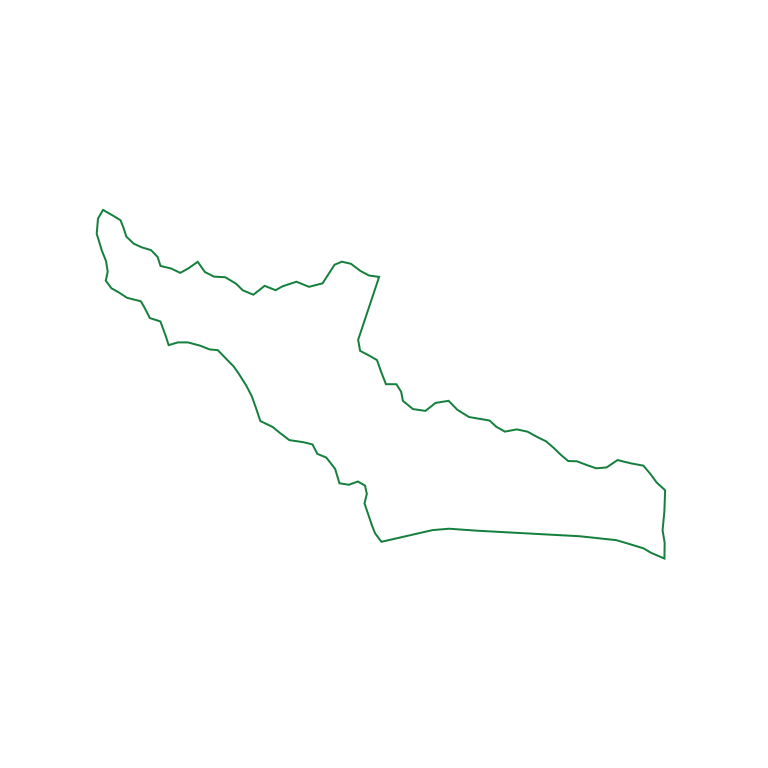 Ruaraka, Nairobi, Kenya, rotated 231°
{"feature_id": "3690345B35970113576502", "entity_name": "Ruaraka", "entity_type": "district", "adm_level": 2, "iso_a3": "KEN", "parent_name": "Kenya", "parent_adm1": "Nairobi", "projection": "mercator", "projection_center": [36.884, -1.246], "detail": "fine", "context": "isolated", "style": "outline", "palette": "green", "viewbox_px": 768, "rotation_deg": 231, "n_neighbors": 0, "source": "geoboundaries", "source_scale": "gbopen_adm2", "svg_char_len": 1649}
<svg xmlns="http://www.w3.org/2000/svg" viewBox="0 0 768 768"><g transform="rotate(231 384 384)"><path d="M696.1,275.2L692.6,265.9L681.5,255.2L673.6,252.1L665.6,248.8L654.4,245.3L645.1,239.9L639.4,232.8L630.0,232.4L622.2,235.5L612.6,238.6L601.3,247.1L593.3,245.8L582.6,243.5L573.3,249.6L559.3,244.8L549.7,241.1L546.1,249.9L539.7,257.8L529.7,265.1L520.7,270.2L514.9,276.1L492.1,278.2L483.5,277.6L469.1,275.9L457.9,273.6L446.2,269.5L433.0,264.6L420.7,270.4L411.1,272.4L400.0,275.1L389.3,284.9L382.0,290.4L371.7,288.2L363.1,292.9L348.8,292.6L334.9,286.9L327.8,293.3L324.7,302.3L317.0,305.3L309.4,301.5L303.5,293.7L292.1,289.5L281.6,285.6L273.5,283.1L263.0,282.7L239.9,329.8L230.5,343.6L211.6,363.8L142.4,440.4L116.3,466.4L92.9,482.3L84.7,485.3L71.9,492.1L84.0,502.2L95.1,508.5L108.3,521.5L124.5,535.6L135.8,533.9L146.3,534.4L157.3,534.2L166.4,526.4L177.9,517.6L179.1,504.4L185.0,495.8L193.9,490.3L202.5,485.3L208.2,478.7L217.4,476.9L228.0,475.6L237.4,473.9L245.8,470.0L256.7,465.5L265.1,458.7L270.9,448.0L280.3,444.3L289.1,443.1L304.8,429.3L317.7,424.8L330.3,423.6L336.9,412.1L337.0,399.3L346.3,390.7L359.1,388.1L367.1,392.4L376.0,393.5L382.6,385.4L395.5,389.5L407.0,393.6L414.8,390.6L424.8,386.3L434.6,391.7L470.3,447.6L477.8,440.6L486.8,436.8L498.2,434.0L505.6,428.2L507.8,420.6L500.9,399.6L506.7,386.9L518.6,380.3L523.8,366.6L525.1,358.8L535.4,353.0L535.6,338.7L545.7,333.2L554.9,332.2L566.9,327.8L574.4,319.5L583.7,315.3L596.2,316.1L597.0,304.6L598.6,295.6L607.8,291.2L616.4,284.6L625.1,288.0L634.7,287.2L642.4,281.9L650.5,277.8L660.7,276.5L668.6,279.6L677.1,282.3L686.0,279.1L696.1,275.2Z" fill="none" stroke="#15803d" stroke-width="2"/></g></svg>